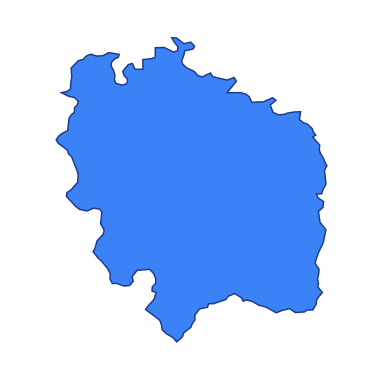 outline of Carlópolis, Paraná, Brazil, rotated 278°
{"feature_id": "56859067B22086314964615", "entity_name": "Carlópolis", "entity_type": "district", "adm_level": 2, "iso_a3": "BRA", "parent_name": "Brazil", "parent_adm1": "Paraná", "projection": "equal_earth", "projection_center": [-49.704, -23.457], "detail": "fine", "context": "isolated", "style": "filled", "palette": "blue", "viewbox_px": 384, "rotation_deg": 278, "n_neighbors": 0, "source": "geoboundaries", "source_scale": "gbopen_adm2", "svg_char_len": 2672}
<svg xmlns="http://www.w3.org/2000/svg" viewBox="0 0 384 384"><g transform="rotate(278 192 192)"><path d="M312.4,193.8L310.2,190.2L307.3,186.3L308.2,181.5L311.7,177.3L314.2,169.5L317.4,164.9L320.4,163.5L326.6,164.9L330.8,165.1L333.6,172.9L336.8,174.3L340.2,169.9L337.8,163.4L342.5,154.8L341.9,150.5L337.6,153.9L334.2,157.6L330.0,158.2L328.0,154.3L331.3,144.2L329.7,135.6L325.0,136.2L320.0,136.9L318.1,132.3L316.3,124.9L306.7,126.4L305.6,118.4L311.0,115.1L309.4,111.3L304.7,108.2L301.9,106.7L298.3,108.2L294.6,112.6L290.2,112.4L288.2,108.0L289.0,101.6L292.3,99.6L297.1,99.4L301.9,97.1L305.7,94.4L308.8,94.1L312.6,96.5L315.0,100.2L318.1,100.8L318.5,90.2L314.4,84.5L313.4,78.5L314.4,72.6L312.1,68.6L308.1,65.7L306.3,61.3L302.7,58.6L298.0,55.1L289.3,56.9L282.9,56.8L277.1,57.3L274.1,54.2L272.2,48.9L269.7,56.3L269.1,62.7L266.1,66.7L262.4,66.3L259.1,63.9L254.6,64.4L251.6,61.7L247.9,60.0L235.5,60.3L231.7,55.0L228.9,52.3L224.9,50.2L221.6,52.9L218.3,59.0L216.2,62.6L212.6,64.4L210.1,67.9L196.6,75.5L192.7,77.0L185.7,77.4L177.1,71.8L174.0,68.2L169.9,68.4L165.5,74.1L162.3,77.7L159.1,83.0L158.6,90.8L162.3,96.9L162.2,102.9L159.6,105.6L147.9,105.9L142.1,110.3L137.9,110.0L130.4,104.8L123.0,103.8L119.2,102.3L113.3,108.4L111.1,111.8L104.2,119.3L99.6,122.4L94.2,123.0L90.3,125.8L91.0,130.1L89.4,137.9L90.8,143.3L95.5,146.3L99.8,144.4L106.8,148.6L109.5,160.7L106.2,165.1L101.6,167.9L96.9,168.9L92.6,165.9L88.2,166.2L87.5,170.6L84.0,169.8L80.9,169.5L78.1,167.9L73.9,164.9L69.3,162.3L67.5,165.4L64.3,171.4L60.3,178.1L55.8,180.4L51.6,181.5L48.1,186.3L45.1,193.6L41.5,197.6L44.2,200.3L47.6,202.8L50.9,203.2L53.8,205.6L57.8,209.7L62.3,210.8L65.6,212.7L70.6,212.0L77.3,215.8L80.0,223.4L83.7,223.9L84.3,228.7L87.9,235.8L90.2,240.5L93.7,242.2L97.4,248.5L94.1,255.7L91.0,257.8L92.7,261.2L91.8,267.7L89.2,273.8L88.3,281.5L84.1,292.2L87.2,297.6L90.1,304.7L87.0,311.2L88.9,320.1L91.2,322.4L92.0,328.0L98.4,330.7L102.0,330.3L105.3,331.7L110.6,335.1L115.5,329.9L119.2,329.9L123.1,328.4L128.1,328.8L133.0,328.6L138.7,323.8L143.2,324.4L150.4,325.9L159.8,329.0L173.2,329.9L180.0,322.9L184.8,321.5L190.4,320.0L195.0,323.8L200.7,323.7L203.9,317.5L207.4,315.6L208.2,320.6L212.6,321.3L218.5,323.6L231.8,320.2L236.8,321.9L240.2,319.4L243.6,317.5L248.9,313.3L252.0,312.1L256.3,311.9L260.0,307.5L263.4,303.9L265.5,306.6L268.2,303.9L271.5,302.2L275.4,296.7L276.0,292.8L278.6,288.3L286.6,288.4L285.5,282.2L283.4,275.6L281.6,272.1L280.5,266.9L282.1,261.2L289.1,257.4L294.5,262.3L296.6,258.7L291.1,249.9L290.3,244.7L289.1,238.8L294.3,235.4L296.4,231.7L297.2,226.3L295.2,212.9L307.9,220.6L311.3,217.7L307.8,211.4L308.1,206.0L309.1,196.5L312.4,193.8Z" fill="#3b82f6" stroke="#1e3a8a" stroke-width="1.5"/></g></svg>